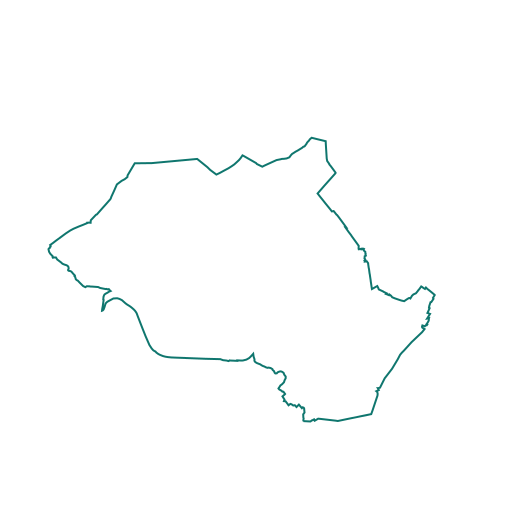 Ixtlán, Michoacán, Mexico, rotated 121°
{"feature_id": "50627088B63014892891044", "entity_name": "Ixtlán", "entity_type": "district", "adm_level": 2, "iso_a3": "MEX", "parent_name": "Mexico", "parent_adm1": "Michoacán", "projection": "albers", "projection_center": [-102.403, 20.149], "detail": "fine", "context": "isolated", "style": "outline", "palette": "teal", "viewbox_px": 512, "rotation_deg": 121, "n_neighbors": 0, "source": "geoboundaries", "source_scale": "gbopen_adm2", "svg_char_len": 5717}
<svg xmlns="http://www.w3.org/2000/svg" viewBox="0 0 512 512"><g transform="rotate(121 256 256)"><path d="M382.2,359.8L381.7,359.4L381.0,359.2L380.4,359.1L379.7,359.2L377.6,359.6L375.3,360.2L374.7,360.3L373.9,360.4L372.8,360.2L372.0,359.9L371.5,359.7L369.1,358.3L365.9,356.4L363.7,353.2L363.1,350.9L362.9,348.2L363.8,343.4L364.0,341.2L364.0,339.3L364.1,337.3L364.4,335.2L364.8,333.1L365.3,331.4L366.1,329.6L366.7,328.6L368.4,326.5L372.6,321.1L376.7,315.8L381.8,309.1L387.2,301.5L389.0,297.8L389.7,295.6L389.8,293.9L389.6,293.1L390.1,291.7L390.3,289.3L390.2,287.5L389.7,284.3L389.0,281.9L388.1,279.6L386.6,276.4L384.1,271.8L380.0,264.4L379.7,263.8L370.2,246.5L363.9,235.4L362.8,233.5L362.3,230.7L360.7,227.2L360.3,225.6L360.1,225.3L359.1,224.9L359.0,224.5L355.5,218.0L355.1,218.3L353.0,214.4L352.3,213.4L351.1,212.2L349.8,210.9L348.6,210.2L347.0,209.3L345.2,208.8L343.3,208.4L342.9,208.3L341.3,208.0L343.4,206.3L344.2,205.4L345.3,204.1L346.6,203.4L347.1,202.6L347.3,201.4L347.3,200.0L346.7,196.6L346.8,194.6L346.7,193.3L346.4,191.9L346.3,190.0L345.9,188.5L345.2,187.8L344.5,185.8L344.5,183.7L345.1,183.0L345.4,181.3L346.5,179.8L346.7,178.9L345.9,177.8L344.5,177.5L343.5,176.8L342.7,176.1L342.1,175.3L341.8,173.8L342.0,172.1L343.2,170.6L344.0,168.5L345.5,167.6L347.7,167.5L349.8,167.0L352.5,167.6L354.4,168.4L356.3,168.4L357.1,168.5L358.0,168.5L358.4,167.4L358.4,166.2L358.4,165.5L358.3,164.9L358.7,163.5L358.2,162.6L358.7,161.4L359.3,160.0L359.9,160.1L362.7,161.0L364.4,157.6L366.0,157.3L365.3,155.8L366.5,152.8L367.0,151.7L367.2,151.2L365.1,150.4L364.8,149.1L365.0,147.1L363.9,145.9L364.6,143.5L361.3,142.7L362.8,138.3L362.2,138.2L361.6,138.0L361.6,137.5L361.5,137.0L361.8,136.3L365.2,133.8L367.4,134.0L370.1,132.2L370.7,131.5L371.8,131.1L373.3,130.3L373.1,130.3L369.8,124.1L368.0,123.4L367.5,122.7L367.1,122.7L366.1,122.1L366.9,120.8L366.7,120.7L363.4,118.9L362.1,116.1L356.2,103.1L355.3,100.9L347.8,92.8L332.2,75.8L328.2,76.6L314.8,79.6L313.3,79.9L311.5,80.7L310.1,82.0L309.9,83.2L307.7,81.7L306.6,83.5L306.5,83.3L305.0,81.9L294.5,82.7L293.0,82.5L287.8,81.9L282.6,81.3L281.2,81.3L271.6,81.3L266.4,81.6L263.8,81.2L261.0,80.5L249.8,78.3L235.7,74.4L231.8,73.9L231.7,76.7L231.1,77.3L229.8,77.6L229.3,75.1L228.1,74.8L227.5,74.0L226.5,73.9L226.4,74.7L225.1,74.6L223.2,74.6L222.1,74.8L220.6,75.6L220.2,75.7L221.5,77.1L216.0,77.0L216.5,79.7L216.2,79.7L211.3,80.3L211.3,81.1L209.4,81.8L205.7,82.6L205.2,82.0L201.3,81.8L200.8,82.7L200.5,82.7L197.4,82.7L197.3,82.8L196.6,87.3L196.2,90.1L196.0,92.1L195.5,94.1L197.2,94.2L197.2,95.8L197.0,97.6L197.0,98.7L198.5,98.8L200.6,99.0L201.5,99.2L202.7,99.3L203.5,99.4L205.6,99.7L207.0,100.7L207.9,101.3L208.3,101.4L209.7,101.8L211.4,101.8L211.9,101.8L212.9,101.8L212.9,102.7L213.5,103.4L214.1,103.7L215.5,104.4L217.0,105.1L218.4,105.7L219.3,108.4L219.9,111.0L220.8,115.2L221.2,118.0L220.5,119.8L220.3,121.9L221.1,121.8L221.4,124.0L221.6,125.0L220.7,124.8L221.0,128.4L220.9,128.6L221.4,133.5L220.2,135.1L219.3,136.6L224.6,139.6L223.1,140.9L220.9,142.7L218.1,145.0L217.9,145.1L214.4,148.0L213.5,148.7L212.3,149.8L208.9,152.5L208.5,152.9L208.2,153.2L205.4,155.5L204.4,156.2L203.5,158.3L204.8,159.9L203.9,160.3L203.9,160.5L203.0,160.2L202.3,161.3L202.3,161.7L200.2,162.7L199.1,162.0L198.1,163.1L197.6,163.2L197.5,163.5L196.1,164.5L195.8,166.3L195.6,166.7L194.6,167.1L194.3,167.1L194.3,167.5L195.8,168.9L195.3,169.2L197.0,171.0L197.3,171.4L196.8,171.9L194.4,173.2L193.4,175.5L189.7,184.2L189.5,184.6L189.3,184.9L189.2,185.1L187.8,188.7L185.5,194.0L185.1,193.2L184.1,195.5L180.3,204.6L179.2,207.4L179.1,207.8L179.1,208.3L177.9,211.4L177.5,212.6L178.7,213.9L177.7,216.5L175.2,223.4L173.1,229.0L172.2,231.5L170.7,235.4L160.5,233.6L144.1,230.5L143.6,230.7L142.4,233.5L140.5,238.1L139.7,240.4L139.3,240.7L137.9,243.9L136.0,245.6L124.4,253.6L121.7,255.4L124.1,263.0L126.0,269.2L128.4,270.0L129.6,270.0L131.8,270.5L132.9,270.6L133.6,270.5L136.8,270.8L137.4,271.1L137.8,271.6L138.2,271.8L139.3,272.1L140.3,272.6L144.0,274.5L146.2,275.8L148.7,277.0L149.8,277.6L151.7,278.0L154.2,278.2L156.6,280.0L158.3,282.1L159.5,283.9L160.3,284.6L163.2,287.8L173.1,294.6L174.9,295.8L176.2,296.6L176.7,302.6L176.3,303.8L176.6,318.0L176.7,319.4L180.1,319.6L182.6,320.0L185.4,320.8L188.7,321.8L191.8,323.2L195.0,324.8L199.5,327.5L203.6,329.9L206.6,331.9L205.8,339.7L204.9,343.4L203.1,356.4L216.0,374.0L230.0,393.1L239.0,407.7L253.0,407.6L254.6,406.9L257.8,408.1L260.8,409.9L266.3,412.1L273.4,411.2L279.8,410.5L281.0,410.2L282.7,410.1L283.3,410.3L288.4,411.2L293.6,412.2L302.3,413.8L303.1,414.4L305.4,414.9L310.4,416.0L310.5,416.0L312.7,414.9L313.3,416.2L314.4,417.8L314.7,417.6L318.5,420.4L322.0,423.1L326.7,426.5L329.9,428.4L334.5,430.6L346.0,435.4L349.6,436.8L352.6,438.1L352.8,437.7L353.0,437.3L353.7,436.9L354.4,437.2L355.2,436.9L356.2,437.4L357.0,437.4L358.9,435.6L359.4,434.7L360.0,433.6L360.9,430.3L361.0,430.3L361.9,429.6L362.1,429.2L361.4,428.5L360.3,426.7L361.4,424.6L361.5,423.5L361.9,419.8L362.3,418.0L362.2,417.0L362.0,415.7L361.5,413.7L361.5,413.3L361.5,412.5L361.7,411.7L361.9,411.3L362.3,410.9L362.5,410.7L362.9,410.4L363.3,410.1L363.7,410.0L364.1,410.0L364.4,410.0L364.9,409.8L365.1,409.4L365.1,408.7L364.7,407.8L364.5,407.0L364.5,406.4L364.6,405.8L365.1,404.3L365.2,404.2L365.8,401.9L366.0,401.2L366.3,401.1L366.7,401.2L367.1,400.2L368.7,398.5L368.8,398.1L369.0,397.3L368.9,396.0L369.6,393.6L370.8,388.7L370.6,386.2L369.1,385.5L367.7,383.0L367.6,382.5L366.3,380.1L363.9,375.3L363.7,373.2L362.5,369.8L361.7,367.7L361.2,367.2L361.1,366.4L361.1,366.2L360.2,365.1L360.5,364.5L360.9,362.6L362.4,363.7L363.3,364.1L363.8,364.3L365.4,365.3L366.9,366.0L368.0,366.0L369.5,365.7L372.0,364.5L372.1,364.0L374.2,363.1L377.7,361.6L380.7,360.5L382.2,359.8Z" fill="none" stroke="#0f766e" stroke-width="2"/></g></svg>